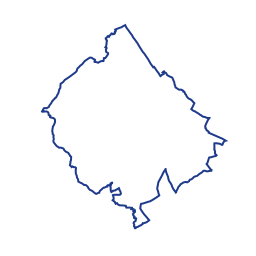 Jugureni, Prahova, Romania, rotated 324°
{"feature_id": "2599482B77676067936148", "entity_name": "Jugureni", "entity_type": "district", "adm_level": 2, "iso_a3": "ROU", "parent_name": "Romania", "parent_adm1": "Prahova", "projection": "robinson", "projection_center": [26.419, 45.107], "detail": "fine", "context": "isolated", "style": "outline", "palette": "blue", "viewbox_px": 256, "rotation_deg": 324, "n_neighbors": 0, "source": "geoboundaries", "source_scale": "gbopen_adm2", "svg_char_len": 5765}
<svg xmlns="http://www.w3.org/2000/svg" viewBox="0 0 256 256"><g transform="rotate(324 128 128)"><path d="M171.1,212.0L170.5,209.6L170.4,203.3L171.8,202.9L176.1,199.7L176.5,199.6L178.4,200.7L179.5,200.9L182.5,202.2L183.6,202.2L183.7,201.8L183.4,200.8L183.3,200.0L183.4,199.7L184.5,198.4L184.7,197.7L185.2,196.7L185.3,196.3L185.2,196.1L186.7,194.3L188.2,192.0L188.9,191.2L190.4,192.2L192.8,194.5L193.5,195.5L193.8,196.6L194.5,197.1L196.5,195.8L197.8,195.4L199.1,195.5L199.6,195.7L198.1,192.2L190.5,179.3L191.1,178.9L190.8,177.3L190.3,176.2L190.3,175.8L190.6,175.3L190.6,174.9L190.5,174.7L190.6,173.3L191.2,173.0L191.5,171.9L193.5,170.6L198.2,168.1L199.3,168.0L199.7,167.8L197.7,166.1L196.7,164.3L195.4,163.1L195.2,162.4L194.8,161.7L194.8,161.3L194.7,160.8L194.1,159.8L193.8,158.5L193.4,157.6L193.1,156.6L192.4,155.3L192.0,153.9L191.5,153.3L190.8,151.9L190.3,149.9L192.7,148.9L196.3,146.9L196.3,146.3L196.0,145.5L196.0,143.8L195.7,143.1L195.8,142.4L194.3,139.6L194.2,138.7L194.1,137.8L194.2,136.0L194.5,135.2L194.3,134.2L194.9,131.7L194.1,131.1L194.5,130.1L194.3,129.5L193.8,128.9L193.5,128.1L192.3,127.4L191.7,126.8L190.4,123.3L190.4,122.7L191.1,121.4L191.2,120.4L192.5,117.7L192.7,116.2L193.0,115.3L193.4,113.5L193.3,113.0L192.0,110.9L190.9,108.6L190.8,107.9L190.9,107.2L191.1,106.6L191.1,105.9L191.0,105.5L190.3,104.5L190.2,104.0L190.5,103.4L190.4,103.3L189.7,103.2L188.7,103.4L188.9,103.7L189.0,104.6L188.9,105.1L188.7,105.3L186.4,104.9L184.8,105.2L184.7,104.9L185.0,101.4L184.9,98.9L185.1,94.5L185.0,93.8L184.1,93.8L184.1,89.3L184.7,84.5L184.9,77.2L184.7,75.1L185.1,68.7L185.5,64.8L185.5,60.7L185.4,57.3L185.8,55.6L185.7,52.3L185.8,49.7L185.7,46.7L185.8,45.5L186.2,43.1L183.3,42.7L182.0,42.7L180.3,42.1L175.5,40.8L175.3,40.9L175.3,42.3L174.0,42.4L173.8,43.2L173.1,43.6L172.8,43.6L172.5,43.4L172.2,43.8L171.3,43.3L170.9,43.3L170.7,42.5L170.4,41.9L169.8,41.9L168.7,42.4L167.4,42.4L166.3,43.1L166.0,42.9L166.0,42.0L165.7,41.8L165.2,41.8L164.0,42.4L162.7,42.3L162.4,42.9L162.4,43.5L162.2,44.2L162.4,44.6L162.2,45.2L160.9,46.2L160.3,47.1L158.9,48.4L158.5,49.0L157.1,49.4L157.2,49.7L157.7,50.3L157.8,50.5L157.7,50.8L156.2,51.6L155.9,52.0L155.1,53.6L155.1,53.9L155.8,55.2L155.8,55.6L155.7,56.1L155.4,56.4L153.9,57.1L150.8,58.1L150.4,57.9L149.9,57.4L149.6,57.3L147.7,59.3L147.4,59.4L146.8,58.8L145.5,58.1L143.5,57.7L142.3,57.7L140.7,55.6L140.0,55.2L139.8,54.8L139.9,54.7L140.6,53.9L141.3,53.7L141.4,53.3L140.2,50.9L140.0,49.9L138.5,48.6L132.3,48.4L128.3,49.5L125.9,49.5L124.2,49.9L122.3,50.1L121.8,50.3L120.0,51.7L118.4,52.1L111.2,52.2L106.9,52.1L105.3,51.9L102.5,52.7L99.5,52.6L98.7,53.5L96.8,55.8L94.8,56.5L94.5,57.0L91.8,59.1L90.2,59.7L87.9,61.0L87.0,60.8L86.4,61.1L84.2,61.4L83.3,61.7L82.6,61.7L80.4,62.8L77.7,63.6L76.3,64.4L73.7,64.2L73.3,63.6L71.9,62.6L70.1,63.1L69.9,63.5L69.9,64.0L69.7,64.3L68.9,64.4L68.5,63.9L68.2,64.0L68.2,64.4L68.7,64.8L70.4,65.7L71.6,66.6L72.3,67.4L72.5,67.9L72.6,68.8L71.5,70.8L71.6,71.2L72.3,72.0L72.4,72.5L72.2,72.8L71.4,73.1L71.3,73.3L71.7,74.1L73.6,76.3L73.9,78.0L73.6,78.8L72.1,80.6L69.5,82.2L68.1,82.7L64.9,85.9L64.3,87.5L63.5,88.7L63.6,90.1L62.8,91.1L62.2,91.6L61.6,93.2L60.0,94.6L59.6,95.4L59.5,96.6L59.6,99.5L59.8,101.0L60.5,102.7L60.6,103.3L62.4,104.7L63.6,106.5L63.7,106.9L63.4,108.5L63.7,110.3L65.1,113.1L64.9,114.5L65.0,115.5L64.7,116.7L65.0,117.4L65.1,117.8L65.0,118.1L64.0,119.2L63.1,120.4L61.4,121.6L61.1,122.2L59.1,124.0L59.5,126.5L60.3,126.3L60.6,126.5L60.9,127.6L62.2,128.7L62.5,129.5L62.2,130.1L60.8,131.5L59.0,134.2L58.5,136.4L57.6,138.1L57.4,140.2L57.0,141.0L56.3,142.1L57.4,144.4L58.2,145.7L59.0,148.3L59.8,148.8L60.6,150.0L60.9,152.0L60.6,153.5L60.7,155.1L60.9,155.9L61.6,156.9L62.1,158.0L62.9,161.2L63.4,162.4L63.7,162.7L65.9,163.0L66.6,163.5L68.2,162.4L72.7,161.9L73.7,162.1L73.9,162.4L75.4,162.7L76.2,162.7L76.7,163.1L77.0,162.6L77.7,162.4L78.2,162.5L78.5,162.7L78.6,163.1L79.0,163.4L80.0,163.2L81.5,162.6L82.7,162.7L83.0,162.9L82.7,163.3L82.0,163.2L80.2,164.3L79.6,164.9L77.5,168.1L77.1,168.9L76.9,170.0L78.3,170.2L78.7,169.9L78.9,169.9L81.0,171.0L81.7,171.0L81.9,170.9L83.2,171.2L85.3,171.3L85.0,172.6L84.5,173.6L84.6,174.4L84.5,174.9L83.8,176.7L83.6,177.0L82.7,177.3L81.9,177.1L77.1,173.6L76.5,173.4L76.3,173.4L75.8,175.1L74.9,176.7L74.4,177.2L73.1,177.4L73.2,177.9L73.8,179.3L73.9,179.9L73.9,180.1L73.7,180.1L73.7,180.3L73.5,182.1L74.9,182.3L74.9,183.7L75.2,184.7L75.8,185.6L79.1,188.3L80.5,189.7L80.0,190.8L79.9,191.5L81.7,192.7L84.2,194.8L83.0,195.6L84.7,196.8L83.5,198.2L84.3,198.5L84.5,198.2L85.2,198.5L84.7,199.6L84.0,200.1L82.8,200.0L82.2,200.5L81.4,200.5L80.9,202.1L81.2,203.4L80.5,203.7L80.1,204.0L80.0,204.3L80.3,205.1L81.3,205.5L81.3,206.2L80.3,206.9L79.5,207.7L77.6,207.6L76.6,208.2L76.2,210.0L75.1,211.0L75.3,212.0L74.8,212.8L74.7,213.1L75.3,213.5L76.0,213.1L78.1,213.8L79.8,213.9L81.5,214.3L82.9,214.3L83.8,213.8L83.9,214.2L84.8,214.3L87.4,215.1L90.0,215.2L91.0,215.0L90.8,213.9L90.7,211.3L90.3,207.3L90.3,204.1L90.6,200.3L93.0,197.8L94.0,197.0L95.8,197.9L101.6,199.8L102.8,200.3L105.5,200.6L110.3,200.9L113.0,201.0L113.8,200.8L114.1,199.2L115.2,196.7L115.4,195.7L116.0,194.2L117.8,192.4L119.0,191.4L120.1,190.2L120.9,189.6L128.4,186.0L129.2,185.5L129.3,185.3L134.2,183.3L134.3,183.4L133.8,184.0L132.7,186.9L131.6,191.4L131.2,191.9L130.3,194.2L130.0,196.0L130.1,197.1L130.0,198.2L129.7,200.1L129.1,202.1L128.8,204.1L128.8,208.3L129.3,208.2L130.1,207.4L131.6,206.8L134.4,205.2L136.3,204.9L137.3,204.4L139.2,204.6L140.6,204.6L142.5,205.3L143.2,205.8L143.7,206.6L144.2,206.8L146.2,206.9L147.0,206.4L147.7,206.2L148.6,206.6L149.6,206.8L151.1,206.7L152.2,206.4L153.2,206.4L153.9,206.7L156.0,207.4L158.7,207.1L161.7,207.4L163.3,207.0L163.9,207.0L165.1,207.8L165.5,208.2L165.9,209.0L166.8,209.8L169.1,210.8L170.2,211.6L171.0,211.8L171.1,212.0Z" fill="none" stroke="#1e3a8a" stroke-width="2"/></g></svg>